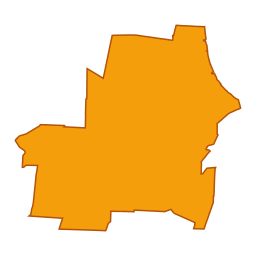 Baraganu, Constanta, Romania (Albers equal-area conic projection)
{"feature_id": "2599482B12135283743765", "entity_name": "Baraganu", "entity_type": "district", "adm_level": 2, "iso_a3": "ROU", "parent_name": "Romania", "parent_adm1": "Constanta", "projection": "albers", "projection_center": [28.409, 44.093], "detail": "fine", "context": "isolated", "style": "filled", "palette": "amber", "viewbox_px": 256, "rotation_deg": 0, "n_neighbors": 0, "source": "geoboundaries", "source_scale": "gbopen_adm2", "svg_char_len": 5025}
<svg xmlns="http://www.w3.org/2000/svg" viewBox="0 0 256 256"><path d="M29.0,216.0L35.2,216.4L44.1,217.0L62.0,218.2L62.6,218.2L59.1,229.1L59.5,229.1L61.1,229.2L78.2,229.7L78.3,229.7L96.2,230.3L105.7,230.7L105.8,230.6L107.1,226.9L108.2,223.6L108.7,223.0L109.9,222.1L110.5,221.6L110.6,221.4L110.5,220.5L110.6,219.8L110.6,219.2L110.6,218.7L110.6,217.9L110.7,217.0L110.7,216.2L110.7,215.0L110.8,214.3L110.8,213.5L110.8,212.8L110.8,212.3L110.7,211.3L111.5,211.3L112.4,211.3L113.5,211.3L114.9,211.3L116.2,211.4L117.2,211.4L118.9,211.4L119.6,211.4L120.4,211.4L121.4,211.4L122.3,211.4L123.4,211.5L124.3,211.5L125.1,211.5L126.6,211.5L127.6,211.5L128.4,211.6L129.7,211.6L130.6,211.6L131.3,211.6L132.4,211.7L133.2,211.7L134.0,211.7L134.2,210.1L144.3,210.6L154.5,211.1L164.2,211.6L164.4,211.7L164.6,211.7L164.8,211.6L165.2,211.4L165.7,211.3L167.6,210.6L169.3,209.9L170.5,209.6L171.0,209.4L172.4,211.3L173.9,213.0L174.1,213.1L175.0,213.7L176.6,214.4L183.6,217.5L194.5,222.4L195.0,222.6L194.8,223.9L194.7,224.9L194.6,225.8L194.2,226.8L193.6,228.7L204.0,229.0L205.6,224.3L206.7,221.1L207.9,217.8L209.3,213.7L210.8,209.6L211.8,206.6L213.3,202.5L213.3,200.9L213.4,198.2L213.4,196.3L213.4,196.2L213.5,196.2L213.9,196.1L214.0,193.3L214.1,192.7L214.2,189.1L214.3,186.3L214.5,179.5L214.6,179.4L214.5,178.6L214.7,175.4L214.7,174.5L214.8,173.2L215.0,170.8L215.0,170.2L215.1,168.8L215.3,168.4L215.6,167.8L215.7,167.6L215.7,167.4L215.0,167.5L209.2,168.0L207.1,168.2L206.7,168.4L206.6,168.6L205.0,170.7L203.4,172.8L202.6,173.8L201.1,173.9L201.3,168.8L201.4,165.3L201.5,163.1L201.4,162.8L201.2,162.4L201.1,162.2L201.3,161.8L201.7,161.2L201.9,160.9L202.1,160.7L203.2,159.2L203.5,158.9L204.5,157.7L205.4,156.6L206.1,155.7L207.1,154.4L207.6,153.8L208.3,153.0L208.5,152.8L209.3,151.8L209.5,151.6L210.0,151.4L210.1,151.0L209.1,150.1L208.7,150.0L208.2,149.9L206.2,149.7L206.2,149.4L206.2,148.5L206.9,147.7L207.2,146.8L207.4,146.5L207.5,146.3L207.8,146.0L208.3,145.8L208.8,145.5L209.1,145.4L210.6,145.0L211.7,144.8L212.3,144.6L213.5,144.2L213.9,143.8L216.3,138.5L218.0,134.9L217.7,134.7L217.2,134.3L217.2,130.6L217.2,123.8L217.1,123.6L221.5,119.8L226.8,115.1L228.1,114.0L228.7,113.5L229.6,113.0L237.5,109.4L238.0,109.3L238.4,109.2L238.7,109.1L240.6,108.1L239.8,105.0L238.5,100.3L238.4,99.8L237.9,99.5L236.9,99.0L236.1,98.8L235.3,98.3L235.0,97.8L234.0,97.2L231.8,95.2L231.2,94.6L230.7,94.0L230.5,93.8L230.0,93.5L229.4,93.3L229.0,93.2L228.2,92.5L228.1,92.4L227.4,91.7L227.2,91.4L226.6,90.8L226.3,90.6L225.9,90.3L225.2,89.5L224.5,88.9L223.4,87.6L222.8,87.0L222.4,86.5L222.3,86.4L221.7,86.0L221.5,85.7L221.3,85.4L221.0,85.3L220.7,84.5L221.0,84.4L220.9,84.0L220.3,83.4L219.8,82.7L219.2,81.8L218.6,81.0L218.1,80.7L217.0,79.6L216.7,79.2L216.6,78.1L216.6,77.8L216.1,76.8L215.4,75.5L214.4,73.3L214.1,73.3L213.9,73.5L212.1,73.8L211.9,73.7L211.7,73.4L211.7,73.0L213.5,71.7L213.2,70.9L212.7,69.9L212.4,69.1L211.9,67.8L211.2,66.2L210.5,64.4L210.2,64.2L210.3,64.1L209.9,62.6L209.4,61.2L209.0,59.9L209.1,59.7L208.6,58.3L208.4,57.0L208.0,55.6L207.7,53.3L207.5,52.2L207.3,51.8L207.1,51.4L206.9,51.3L206.8,51.2L207.0,51.2L207.4,51.4L207.5,51.7L207.7,52.1L207.6,51.7L207.6,51.2L207.3,49.4L207.2,48.0L207.0,47.3L207.1,47.1L206.9,45.4L206.0,43.3L205.7,41.6L205.3,40.7L205.0,40.7L203.8,40.9L203.7,40.0L204.9,39.9L206.1,39.0L205.8,37.5L205.5,35.0L205.4,34.3L205.1,32.1L205.1,31.4L205.0,31.0L205.0,30.7L204.7,27.8L204.6,26.9L204.6,26.6L204.2,26.7L203.4,26.7L199.9,26.5L198.5,26.5L197.6,26.4L196.5,26.4L196.0,26.4L195.6,26.4L194.8,26.3L185.2,25.8L184.0,25.8L176.2,25.3L174.5,31.6L174.2,33.1L173.5,35.6L173.2,35.4L172.9,35.3L172.7,35.5L172.6,36.6L172.9,37.4L172.9,38.5L172.6,40.2L171.7,40.2L164.4,39.1L159.4,38.5L157.3,38.2L152.7,37.5L141.1,35.9L138.2,35.4L136.4,35.2L135.8,35.1L130.1,35.0L128.5,35.0L114.5,35.3L112.2,35.4L112.2,35.5L110.8,42.1L110.6,42.8L109.2,49.7L108.0,55.6L106.5,62.8L104.3,73.3L103.2,78.3L96.3,74.1L91.6,71.3L87.1,68.6L86.9,87.0L86.8,98.6L86.6,98.8L86.0,98.9L85.9,99.9L85.8,103.3L85.5,113.8L85.5,114.9L85.6,115.0L85.6,115.7L85.3,127.9L85.0,127.9L82.6,127.8L75.7,127.4L69.8,127.1L64.0,126.8L64.2,126.5L64.5,126.1L64.6,125.6L64.1,125.5L61.2,125.4L58.1,125.3L50.2,125.0L48.8,124.9L42.9,124.7L40.3,124.7L40.2,124.9L40.0,125.3L39.4,125.9L39.1,126.2L38.3,126.7L36.0,128.0L33.8,129.3L30.2,131.5L27.6,133.0L27.4,133.3L27.1,133.4L26.8,133.7L26.3,133.9L25.8,134.0L22.7,135.0L21.1,135.4L20.3,135.6L19.5,136.0L19.2,136.2L17.6,137.7L16.7,138.5L16.9,138.8L16.4,139.0L16.1,139.3L15.6,139.7L15.4,140.5L15.4,140.8L17.6,144.1L19.2,146.7L19.6,147.2L20.9,148.1L24.5,150.7L24.8,151.1L25.0,151.6L25.1,152.0L25.1,152.7L25.0,153.0L24.7,153.5L24.3,154.0L23.6,154.7L23.4,154.9L23.2,155.1L23.1,155.4L23.0,155.7L22.9,156.3L22.9,157.2L22.3,167.4L23.4,167.3L23.7,167.2L24.2,166.9L24.9,166.2L25.7,165.4L26.0,165.3L26.7,165.3L37.6,165.4L37.4,167.2L36.8,171.1L36.1,174.9L35.2,184.6L34.3,193.1L34.0,196.4L33.2,203.5L33.0,204.5L32.6,206.3L32.3,207.3L31.8,208.7L31.6,209.6L31.2,212.3L30.9,213.8L30.8,214.3L30.3,214.8L29.7,215.4L29.0,216.0Z" fill="#f59e0b" stroke="#b45309" stroke-width="1.5"/></svg>